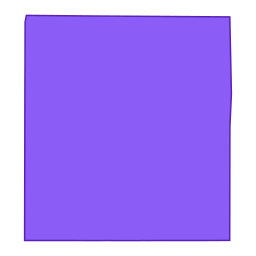 Montgomery, Kansas, United States of America (Albers equal-area conic projection)
{"feature_id": "52423323B48873576903419", "entity_name": "Montgomery", "entity_type": "district", "adm_level": 2, "iso_a3": "USA", "parent_name": "United States of America", "parent_adm1": "Kansas", "projection": "albers", "projection_center": [-95.74, 37.193], "detail": "fine", "context": "isolated", "style": "filled", "palette": "violet", "viewbox_px": 256, "rotation_deg": 0, "n_neighbors": 0, "source": "geoboundaries", "source_scale": "gbopen_adm2", "svg_char_len": 565}
<svg xmlns="http://www.w3.org/2000/svg" viewBox="0 0 256 256"><path d="M227.7,16.9L92.0,16.0L26.4,15.4L25.1,22.0L25.0,66.1L24.9,91.4L24.6,240.5L37.3,240.5L41.4,240.5L49.7,240.5L65.1,240.5L65.9,240.5L66.5,240.5L69.8,240.5L97.2,240.6L107.0,240.5L115.4,240.6L119.5,240.6L125.7,240.6L127.8,240.6L138.9,240.6L140.4,240.6L142.4,240.5L148.8,240.6L153.5,240.5L159.3,240.5L163.8,240.5L179.7,240.5L182.4,240.5L186.3,240.5L188.0,240.5L205.9,240.5L224.1,240.4L229.7,240.4L229.9,127.4L231.4,93.6L229.8,16.9L227.7,16.9Z" fill="#8b5cf6" stroke="#5b21b6" stroke-width="1.5"/></svg>